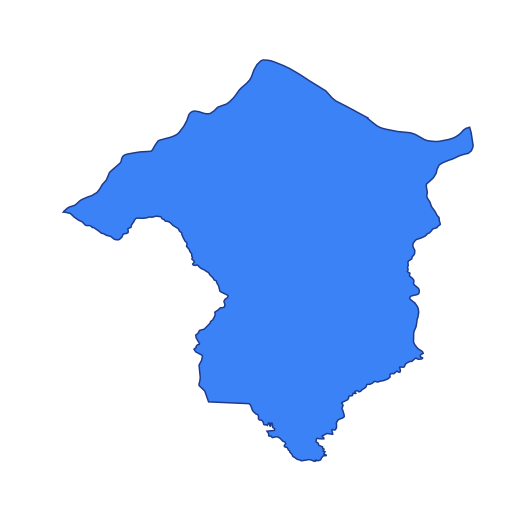 Venecia, Antioquia, Colombia (Equal Earth projection), rotated 99°
{"feature_id": "7082276B7520303523515", "entity_name": "Venecia", "entity_type": "district", "adm_level": 2, "iso_a3": "COL", "parent_name": "Colombia", "parent_adm1": "Antioquia", "projection": "equal_earth", "projection_center": [-75.75, 5.946], "detail": "fine", "context": "isolated", "style": "filled", "palette": "blue", "viewbox_px": 512, "rotation_deg": 99, "n_neighbors": 0, "source": "geoboundaries", "source_scale": "gbopen_adm2", "svg_char_len": 6038}
<svg xmlns="http://www.w3.org/2000/svg" viewBox="0 0 512 512"><g transform="rotate(99 256 256)"><path d="M242.8,453.2L242.6,451.5L243.0,446.0L246.0,441.7L248.4,436.8L249.5,432.9L252.0,429.7L252.3,429.0L252.4,427.6L252.0,425.7L252.4,423.1L253.4,422.4L253.4,420.5L255.8,415.5L257.6,412.4L257.8,410.0L259.0,406.9L259.3,402.7L261.5,398.8L261.8,396.9L261.6,394.6L260.8,393.3L258.3,391.4L255.3,390.6L254.7,389.7L254.0,387.5L253.0,386.1L252.0,386.0L248.9,386.8L247.4,384.0L244.8,383.8L240.8,381.9L239.3,381.5L237.9,380.7L237.2,379.6L236.3,372.7L235.3,369.7L234.1,367.5L234.0,364.8L232.2,360.7L232.2,358.1L232.0,356.9L232.1,356.2L234.0,354.4L234.3,352.8L235.7,351.0L235.7,348.1L236.4,346.0L238.7,342.9L241.1,337.2L242.0,336.3L243.1,335.8L244.9,332.9L246.6,332.5L249.1,330.9L252.3,328.5L253.5,326.8L254.6,326.0L257.4,326.1L259.8,323.2L262.1,321.8L264.0,319.8L266.0,319.5L267.6,318.4L269.0,318.9L270.6,316.6L271.3,315.9L273.9,317.3L274.5,316.9L274.8,316.4L274.8,314.5L274.2,313.0L274.1,312.2L276.2,309.5L276.9,308.2L277.9,304.6L278.9,302.8L279.8,300.3L282.0,298.4L284.1,295.3L286.3,293.4L286.7,291.4L289.2,290.1L291.3,288.3L296.3,286.2L296.9,285.2L299.0,278.4L299.4,277.6L299.9,277.3L301.5,277.6L303.6,279.8L305.8,280.6L309.1,279.0L311.4,279.3L312.5,281.5L312.7,283.1L315.5,285.2L317.7,287.7L318.0,287.9L319.7,287.2L321.8,287.3L326.0,288.8L327.9,290.7L329.3,290.7L336.3,295.6L338.3,300.1L341.6,301.3L343.6,303.2L346.5,302.1L351.3,298.1L352.1,298.2L352.8,299.8L353.8,300.6L354.4,300.9L356.3,301.0L357.2,302.4L357.9,302.6L360.1,300.5L362.2,294.5L363.2,293.2L367.5,293.4L372.7,295.2L384.5,292.1L387.8,291.9L391.4,292.3L392.9,291.9L397.0,286.0L397.7,285.3L407.5,280.0L402.9,239.6L404.5,237.8L408.6,235.6L410.0,234.4L412.1,231.2L412.4,229.4L413.6,228.6L416.5,228.1L417.4,226.9L417.3,224.9L417.9,223.9L419.2,222.8L421.1,222.0L421.4,221.3L421.1,219.1L421.5,218.3L420.5,218.2L420.1,217.5L419.1,217.6L418.8,217.3L418.8,216.8L421.2,216.0L421.8,215.5L421.9,215.0L421.6,214.8L419.1,215.2L418.7,214.9L418.5,214.2L418.8,213.9L421.7,212.8L422.7,212.6L423.7,210.5L424.3,210.4L425.4,210.6L427.3,217.8L429.3,215.8L431.6,215.3L431.8,215.0L431.6,214.0L431.7,212.8L432.7,211.7L432.8,211.3L431.5,208.2L431.3,205.9L432.6,203.2L434.5,200.9L435.3,198.2L436.9,197.3L438.6,198.4L439.5,198.3L440.2,197.2L440.2,195.6L440.8,194.8L442.5,193.7L443.3,192.3L444.5,191.8L446.3,189.4L447.8,188.6L448.5,187.7L448.6,186.9L450.2,183.9L450.5,182.9L450.5,181.1L451.2,179.1L448.8,171.9L448.8,169.5L449.6,166.8L449.4,165.2L449.1,164.9L448.4,165.4L448.1,164.8L448.5,162.7L447.4,160.4L444.7,159.5L442.7,158.0L442.2,155.5L441.7,155.4L440.9,158.0L438.5,157.2L438.1,159.2L436.1,158.6L435.7,160.0L434.1,160.4L433.3,163.8L433.0,164.4L431.1,165.3L430.1,167.7L427.1,167.6L426.5,166.9L426.6,164.7L426.0,160.4L425.0,160.6L423.9,162.3L423.4,162.5L420.2,158.2L420.1,152.4L419.5,152.4L416.6,153.8L416.0,153.7L415.5,153.6L415.4,153.2L415.7,151.5L415.5,150.9L415.0,150.3L414.0,150.2L413.5,149.7L412.1,149.7L408.2,150.5L405.3,149.4L404.2,148.2L402.5,145.2L401.4,144.0L400.6,143.7L398.7,144.3L394.5,146.3L393.0,147.4L390.2,146.6L388.9,147.2L388.0,148.4L387.3,148.3L383.8,143.2L382.3,142.3L380.2,142.4L379.5,141.4L379.0,139.3L378.6,138.9L376.5,138.7L376.3,138.4L376.2,136.2L376.0,135.9L374.8,137.0L374.4,137.1L374.0,136.8L373.4,135.7L373.3,134.6L374.1,133.1L373.3,131.6L371.1,130.0L369.9,128.4L368.1,126.9L365.7,126.4L365.3,125.9L365.0,123.7L363.6,121.4L361.3,119.3L361.2,118.4L361.5,116.9L361.2,115.4L360.2,113.8L359.1,110.5L356.8,106.5L356.3,106.4L355.5,105.3L354.5,104.6L352.4,105.2L351.5,104.8L350.8,103.1L350.7,101.4L348.1,99.3L347.8,98.7L348.4,96.7L348.3,95.9L347.9,95.5L346.1,95.5L343.6,96.8L343.1,96.5L342.8,93.1L342.3,92.2L339.4,91.4L338.4,90.7L336.1,87.6L335.7,85.6L332.1,82.6L331.8,81.8L332.5,80.5L332.5,78.9L331.7,76.1L331.0,75.5L330.5,75.6L330.3,76.1L330.0,77.6L329.1,78.1L327.7,77.9L326.0,75.6L324.9,76.2L323.9,77.6L322.2,81.6L319.2,84.9L317.5,86.3L316.1,87.0L307.2,88.2L305.3,88.0L301.0,86.9L297.0,86.8L293.6,87.0L291.4,86.5L286.2,86.5L283.3,87.3L281.1,88.4L277.6,91.6L275.0,96.3L274.3,97.2L273.6,97.6L272.7,97.6L271.1,96.3L269.1,91.2L268.5,90.2L267.7,89.4L266.0,89.1L264.1,89.5L262.9,90.2L262.0,91.3L260.0,94.8L258.7,96.1L255.9,96.1L255.1,96.4L253.4,98.2L251.9,101.0L251.3,101.4L248.9,101.3L248.2,103.2L247.5,104.1L245.6,103.6L243.7,104.5L241.3,104.2L238.4,105.0L237.1,104.6L234.6,101.8L232.1,101.5L230.3,100.2L228.8,99.7L225.7,100.0L222.4,102.3L220.8,102.8L218.8,102.7L215.7,101.1L214.6,100.1L212.4,95.8L209.9,92.1L208.2,90.7L207.5,90.6L206.0,88.3L203.6,86.6L202.0,85.9L201.2,84.9L199.7,81.7L197.8,80.7L196.4,79.2L195.7,78.9L192.4,80.5L189.4,81.2L187.6,83.5L183.8,86.3L180.7,89.5L179.4,90.6L175.7,92.5L171.5,96.2L169.6,96.8L166.4,96.7L160.3,98.8L158.3,98.9L151.8,93.6L150.3,92.7L146.1,91.0L141.9,90.7L137.4,89.3L134.7,86.2L131.5,81.0L129.5,77.1L124.9,70.3L122.4,65.1L121.5,62.5L118.5,59.8L115.1,58.9L113.0,58.8L100.5,62.8L95.4,65.1L97.1,68.6L99.2,70.8L102.5,72.9L104.8,74.9L107.4,77.8L109.1,80.5L110.8,84.0L114.2,93.3L114.9,97.0L115.3,104.2L114.7,107.7L111.0,117.6L110.2,122.1L110.2,124.0L110.9,135.6L110.4,148.1L110.1,151.1L109.4,154.4L108.4,157.2L102.7,167.3L102.2,167.0L102.0,167.5L94.5,188.8L90.3,201.6L87.8,205.8L82.0,212.9L74.4,231.1L69.9,241.0L65.7,251.8L63.7,258.4L62.0,265.8L60.9,271.4L60.8,275.2L61.3,279.8L62.5,281.7L66.7,284.9L72.4,287.1L80.1,288.6L83.3,289.9L86.8,292.2L92.1,296.7L94.5,298.4L102.7,302.5L107.8,306.2L110.5,308.9L115.0,317.1L119.2,320.1L122.4,323.5L123.0,325.4L123.3,328.0L123.2,330.1L122.4,334.8L122.4,338.7L122.7,340.5L123.8,342.2L125.2,343.5L126.9,344.4L133.1,345.5L139.1,347.6L146.0,351.3L148.0,352.8L150.0,355.4L151.9,358.6L156.7,369.4L157.9,370.9L162.1,372.9L167.1,374.8L168.5,375.6L169.1,376.5L171.2,386.3L172.4,390.2L175.4,398.9L176.6,401.3L177.7,402.6L179.0,403.4L181.0,403.9L184.1,404.1L185.3,404.6L195.5,413.2L196.9,413.9L204.4,415.7L209.3,418.9L214.6,421.0L218.1,423.0L222.1,427.7L223.9,431.2L227.3,436.6L228.5,438.1L233.5,442.2L234.5,443.4L237.0,448.3L238.4,449.9L241.4,452.4L242.8,453.2Z" fill="#3b82f6" stroke="#1e3a8a" stroke-width="1.5"/></g></svg>